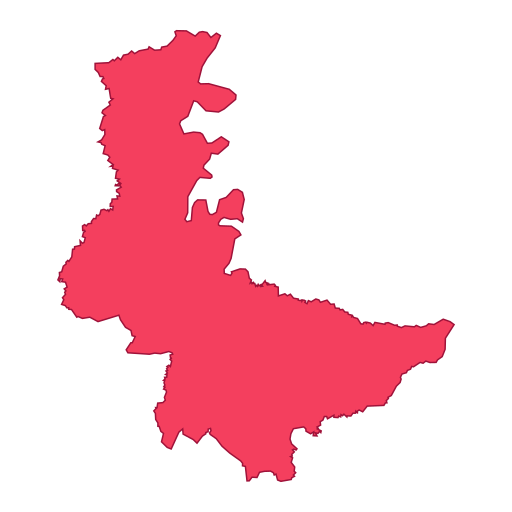 the district of Na Yia, Ubon Ratchathani, Thailand
{"feature_id": "78962969B61476236421292", "entity_name": "Na Yia", "entity_type": "district", "adm_level": 2, "iso_a3": "THA", "parent_name": "Thailand", "parent_adm1": "Ubon Ratchathani", "projection": "mercator", "projection_center": [105.071, 15.065], "detail": "fine", "context": "isolated", "style": "filled", "palette": "rose", "viewbox_px": 512, "rotation_deg": 0, "n_neighbors": 0, "source": "geoboundaries", "source_scale": "gbopen_adm2", "svg_char_len": 6020}
<svg xmlns="http://www.w3.org/2000/svg" viewBox="0 0 512 512"><path d="M454.1,324.6L450.0,321.6L443.2,319.2L434.1,324.5L428.6,323.8L426.3,325.8L420.7,327.4L416.2,325.4L414.4,326.8L405.0,325.9L401.4,327.6L397.3,326.2L397.2,325.0L394.7,325.3L388.2,322.6L385.2,323.1L385.0,324.3L374.9,322.4L373.1,325.6L370.4,323.1L367.2,322.3L366.4,323.2L365.9,322.1L363.7,322.6L363.1,324.1L360.8,323.8L357.5,318.5L353.5,317.4L352.7,316.0L351.8,316.6L352.0,315.2L348.3,314.3L347.8,312.3L344.8,312.0L342.7,309.4L340.1,309.9L339.2,308.3L335.3,308.1L334.1,304.0L330.6,304.3L327.0,300.1L320.4,302.3L318.9,299.9L315.8,299.0L311.2,301.8L308.4,300.6L307.0,303.7L304.9,302.4L305.7,301.1L304.4,300.3L302.5,300.0L301.9,301.2L301.6,300.0L300.1,300.6L298.2,300.1L298.3,299.0L293.5,298.2L290.4,294.2L287.3,295.8L284.9,293.8L278.4,295.9L278.2,287.1L274.8,286.3L275.4,285.4L274.2,284.1L267.3,284.9L266.8,284.0L268.2,283.3L265.6,282.3L265.1,280.7L261.7,285.1L262.6,286.2L260.8,286.5L260.8,284.7L259.1,285.8L258.2,284.4L257.5,286.2L256.8,285.3L255.7,286.4L254.8,283.5L253.2,283.4L253.7,281.8L252.0,283.6L251.4,282.3L250.3,283.0L251.4,280.0L249.3,278.2L248.0,271.8L245.4,269.1L240.0,268.9L231.4,271.8L232.0,273.1L230.6,275.4L224.3,273.4L224.1,269.2L229.0,263.3L231.1,258.4L234.8,238.9L240.9,234.9L238.9,231.4L231.4,226.2L219.9,225.8L218.5,224.9L218.5,222.9L220.8,219.3L224.0,217.4L230.6,219.3L237.3,218.7L242.5,222.1L243.4,218.7L241.4,213.0L244.2,199.5L242.4,192.3L237.7,189.4L233.5,189.7L226.2,197.4L219.6,199.7L216.4,212.3L212.3,214.6L209.8,214.3L208.0,211.4L205.8,200.0L197.6,199.9L194.6,202.6L192.4,207.5L191.3,220.6L186.8,221.7L184.9,219.3L187.7,212.8L187.8,196.7L196.8,180.5L199.9,177.4L210.3,178.3L212.0,177.0L211.7,175.1L203.3,168.2L203.9,165.2L209.6,159.1L211.3,153.2L217.9,154.1L228.1,145.3L228.9,141.8L221.3,136.8L211.9,143.0L207.4,143.3L202.5,134.3L200.0,132.7L193.6,132.1L183.9,133.9L179.5,123.9L180.8,120.7L187.8,116.3L193.7,100.8L197.3,101.8L206.0,110.8L218.5,112.0L224.1,109.0L235.6,99.4L236.0,95.0L229.3,89.3L208.7,83.7L200.6,83.9L198.2,82.0L202.1,66.7L207.1,58.1L215.2,47.9L220.4,35.6L216.4,33.2L210.9,37.5L207.0,32.5L202.6,31.6L199.3,32.2L195.2,36.1L186.4,30.9L176.5,30.7L174.9,31.8L176.2,35.8L173.0,40.3L167.1,46.1L161.7,47.1L160.8,49.8L154.6,50.2L149.1,46.8L148.1,49.1L139.2,50.8L134.7,53.6L131.6,51.0L128.1,54.2L123.5,55.1L120.8,59.8L117.8,57.3L114.3,60.8L112.9,59.5L108.8,62.7L95.1,63.4L95.1,69.4L98.3,72.5L100.1,76.5L102.9,76.6L103.8,78.5L102.5,78.9L101.4,81.4L106.2,85.7L105.5,89.3L109.1,88.5L110.7,98.3L113.0,98.8L108.9,102.2L110.3,105.0L102.9,110.3L102.0,112.8L105.4,115.5L103.4,116.6L99.7,128.5L102.3,130.6L104.7,129.6L104.9,134.5L101.6,139.9L98.0,141.9L101.1,142.6L101.7,144.2L105.1,145.7L103.2,153.6L107.8,155.0L109.8,157.2L107.8,160.5L113.2,164.6L110.8,166.3L113.0,166.1L112.5,168.4L118.1,170.1L116.4,171.9L115.5,178.3L119.4,179.1L117.2,180.9L120.9,183.5L120.1,184.7L118.8,183.4L116.9,185.0L115.6,184.5L115.2,185.7L120.2,185.9L121.2,187.2L116.5,189.9L116.6,191.6L119.2,193.3L119.8,196.2L117.0,195.9L117.6,198.9L112.1,199.1L111.8,202.3L110.3,203.7L110.2,206.4L113.2,206.4L112.7,210.0L110.5,208.7L108.9,211.3L107.9,209.7L106.9,210.7L104.0,209.3L101.0,210.1L99.8,214.5L98.1,215.7L96.6,215.0L95.8,218.7L93.6,218.5L91.4,221.6L91.5,223.4L88.2,223.7L86.3,225.9L84.6,224.6L82.5,226.0L82.7,230.5L84.6,230.3L85.1,231.4L83.6,232.3L82.4,236.6L85.3,237.7L84.0,242.5L82.4,243.2L80.1,240.8L80.5,245.4L74.6,246.7L74.4,249.1L72.6,249.2L71.8,256.9L68.9,261.4L67.8,260.4L65.9,262.3L66.2,263.9L63.3,266.2L61.7,271.8L59.4,272.5L59.6,275.8L57.9,279.9L59.8,281.7L60.2,278.6L62.7,279.0L61.7,281.6L65.5,282.2L67.1,287.1L64.2,288.9L65.9,290.9L64.7,292.3L65.5,294.3L62.5,297.7L63.8,299.7L61.6,304.4L65.3,305.6L67.0,307.9L68.7,307.7L68.8,309.3L71.5,309.5L76.8,317.2L78.0,316.5L82.4,318.4L89.8,317.2L98.0,321.6L118.9,315.2L120.5,319.8L125.5,327.3L131.0,330.5L132.1,335.7L135.2,336.5L132.3,342.7L130.8,342.8L126.2,349.8L127.9,352.8L149.5,354.2L154.7,353.1L160.6,353.7L168.8,351.5L172.0,352.7L172.7,354.2L170.1,355.0L170.6,358.4L171.8,357.8L170.1,359.5L171.7,361.0L170.4,366.5L168.9,365.2L166.9,366.5L167.9,367.3L166.6,368.7L167.6,370.5L166.0,371.0L167.4,373.0L165.6,374.5L167.0,374.8L166.7,377.2L164.6,377.3L165.1,378.8L163.6,380.3L164.7,380.4L164.0,382.9L164.9,385.0L163.8,386.7L165.0,387.2L163.6,389.1L166.0,390.1L166.5,392.1L164.4,397.4L165.3,400.2L162.9,402.6L157.7,403.1L157.0,407.7L155.7,407.6L156.1,408.5L153.8,410.9L155.4,413.4L155.7,419.5L157.9,422.9L157.9,426.3L159.2,426.4L160.9,431.4L163.5,433.4L161.5,441.8L167.2,447.4L171.2,449.0L178.9,432.1L182.7,428.9L183.1,434.1L193.3,439.6L197.0,443.2L202.4,436.1L205.8,433.8L205.8,432.5L208.1,431.7L208.2,429.1L210.5,428.4L211.0,430.7L209.5,432.9L210.2,434.4L216.3,438.7L222.0,446.2L229.8,453.1L240.7,460.9L242.6,463.3L242.5,465.8L245.4,466.4L247.0,480.9L249.3,480.8L252.0,477.2L257.0,477.5L259.5,472.3L264.5,471.3L270.5,471.1L273.4,472.7L274.2,475.0L276.0,474.1L277.6,480.0L280.9,481.3L291.2,479.5L291.8,477.7L294.5,476.3L293.4,475.0L295.7,472.7L294.2,471.2L294.7,467.0L291.2,462.4L292.6,457.8L290.6,456.6L292.2,456.0L291.8,454.3L294.3,451.9L292.5,449.9L293.8,449.1L296.1,450.0L297.0,448.8L291.6,443.9L290.0,439.1L290.9,433.7L293.4,428.7L303.7,426.9L305.8,428.8L306.0,431.2L310.6,433.8L313.7,431.9L313.2,435.7L317.0,435.9L315.4,432.9L317.9,433.4L319.8,431.3L320.8,432.5L321.2,430.9L317.3,428.9L318.2,428.3L317.0,427.0L320.6,425.1L320.2,421.7L322.9,420.1L324.3,416.5L326.7,416.5L327.5,418.8L333.9,415.2L333.9,417.3L338.0,417.6L338.7,416.1L340.7,416.9L341.0,414.6L342.6,415.7L343.9,414.2L346.9,417.0L347.1,415.9L350.9,416.0L352.9,413.2L355.3,413.2L355.8,411.2L357.6,413.4L357.2,411.3L359.1,410.0L362.7,411.8L367.2,406.1L383.9,405.4L385.4,402.9L386.9,402.8L386.3,400.6L388.4,398.5L388.0,397.3L391.3,395.5L396.4,386.1L400.1,382.5L401.1,379.1L400.4,377.3L402.0,374.0L406.4,372.7L407.4,370.4L410.5,369.2L411.7,366.4L413.5,366.8L420.1,362.4L423.1,363.2L425.8,361.1L429.9,362.5L436.1,362.4L437.5,359.9L442.2,356.6L445.1,349.3L445.4,338.2L454.1,324.6Z" fill="#f43f5e" stroke="#9f1239" stroke-width="1.5"/></svg>